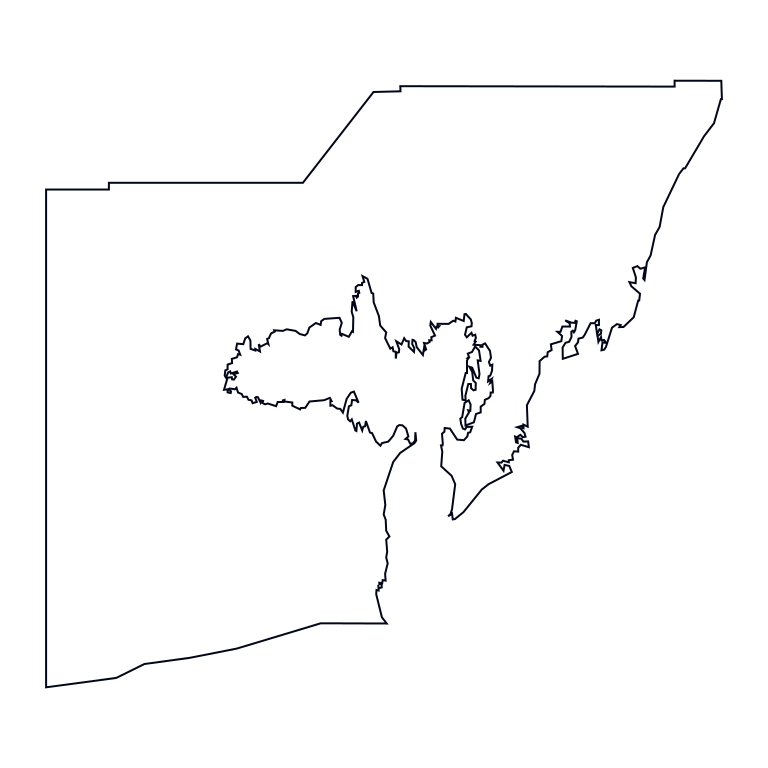 outline of 98, Ar Rayyān, Qatar
{"feature_id": "91078587B41884610793448", "entity_name": "98", "entity_type": "district", "adm_level": 2, "iso_a3": "QAT", "parent_name": "Qatar", "parent_adm1": "Ar Rayyān", "projection": "mercator", "projection_center": [51.33, 24.623], "detail": "fine", "context": "isolated", "style": "outline", "palette": "ink", "viewbox_px": 768, "rotation_deg": 0, "n_neighbors": 0, "source": "geoboundaries", "source_scale": "gbopen_adm2", "svg_char_len": 6117}
<svg xmlns="http://www.w3.org/2000/svg" viewBox="0 0 768 768"><path d="M46.1,687.3L116.3,677.9L144.4,664.0L189.9,657.8L236.7,648.6L320.7,623.3L386.7,623.5L381.9,617.3L376.2,594.2L376.5,590.0L378.6,590.5L378.3,584.8L378.6,588.4L381.7,587.4L381.7,584.3L379.3,584.1L379.3,582.7L382.2,583.2L382.7,580.1L385.6,580.6L385.1,573.8L387.7,563.3L386.2,557.5L387.2,551.7L386.2,539.7L389.4,536.5L386.2,530.8L385.7,519.7L383.7,514.5L385.3,505.0L383.7,490.4L393.2,462.0L400.2,452.9L414.4,443.2L416.2,440.6L415.4,432.2L415.1,440.6L412.6,443.5L410.2,443.7L408.1,439.5L405.5,439.0L408.4,436.4L406.0,428.5L402.4,425.3L399.3,425.1L397.2,426.4L393.2,435.8L388.3,441.6L382.0,443.1L380.4,445.7L376.0,441.5L372.1,433.1L370.0,432.6L365.9,421.0L365.1,426.3L363.2,426.8L362.2,430.5L359.1,422.6L357.0,423.6L356.4,431.0L355.4,430.5L351.8,419.4L350.2,421.3L348.1,419.4L347.3,415.8L348.9,406.3L351.3,405.3L352.1,400.0L356.0,400.3L358.6,402.7L353.9,391.6L350.8,392.7L346.6,399.0L342.9,412.6L340.3,408.9L337.2,408.6L332.5,405.2L330.4,405.7L330.4,401.0L331.5,401.0L329.9,397.9L324.1,400.2L309.5,401.5L305.3,407.8L300.6,408.1L300.1,409.4L292.3,405.7L292.3,402.5L284.5,401.5L284.5,399.9L282.9,400.4L283.4,402.0L277.7,402.0L276.1,406.2L267.8,403.5L265.2,404.3L262.5,403.0L263.1,400.9L261.0,400.4L260.5,402.5L257.9,397.2L256.3,397.0L255.2,397.7L256.8,401.9L252.6,403.2L251.6,400.4L248.5,399.8L246.9,396.7L243.2,396.9L241.7,394.0L238.0,392.5L236.5,387.7L234.9,389.3L229.7,388.5L228.6,389.3L231.0,391.4L230.7,393.0L227.6,392.4L227.6,389.3L224.0,389.8L227.6,377.7L231.8,377.2L232.1,379.3L233.9,379.6L236.0,376.7L233.4,374.1L237.8,373.0L237.0,371.5L230.8,373.5L230.2,371.4L228.1,372.5L226.0,377.7L224.7,375.6L225.3,370.4L227.6,369.3L227.6,364.6L232.1,363.1L231.8,358.9L237.0,357.3L238.1,354.1L240.2,354.7L238.6,350.5L236.0,349.4L237.1,343.6L243.3,344.2L245.2,338.4L248.0,336.3L250.4,340.5L250.6,348.9L255.3,350.5L255.3,348.9L260.0,351.5L258.7,344.2L260.6,346.6L267.3,343.2L268.4,344.2L267.1,339.0L268.9,338.2L271.0,333.5L274.7,331.6L274.2,330.3L283.0,330.9L286.7,329.3L295.6,330.9L299.7,334.0L305.0,335.4L307.3,333.3L309.4,327.5L315.9,323.0L320.6,324.9L321.2,321.2L324.3,318.9L339.5,317.8L341.8,322.8L339.7,329.6L340.2,334.9L341.5,335.7L342.0,333.9L348.8,336.8L352.0,331.2L353.0,331.8L353.3,317.1L351.7,311.8L352.5,301.3L356.7,311.3L353.1,296.1L356.2,295.8L356.7,297.6L358.0,296.6L358.0,293.5L359.3,292.9L358.8,290.8L355.7,291.9L355.7,287.1L358.3,285.0L362.0,285.1L362.0,283.0L364.3,281.9L362.5,276.1L367.5,278.8L371.6,293.0L373.2,293.5L373.7,302.4L378.9,316.1L380.2,325.5L386.2,332.4L385.1,338.1L390.3,348.7L392.6,347.3L393.4,351.3L395.8,351.8L395.8,358.6L396.5,352.9L398.9,352.3L399.2,349.2L396.3,341.3L401.5,344.5L404.2,338.2L406.2,341.1L408.8,341.3L408.6,346.6L414.0,351.9L414.3,348.2L412.2,344.0L412.5,339.8L413.5,340.0L415.6,341.9L416.7,347.1L422.9,355.0L424.0,348.2L425.0,350.3L426.1,349.5L424.0,343.0L427.1,343.5L429.7,341.9L429.2,340.3L431.6,340.3L431.3,337.2L435.0,335.6L430.3,325.6L430.8,322.0L436.0,328.8L436.6,326.7L438.1,327.5L439.2,326.2L437.6,326.2L437.6,323.8L448.6,323.9L453.3,320.7L455.4,321.5L455.9,317.8L463.7,321.0L464.5,314.2L465.8,313.9L470.8,319.4L471.8,323.1L471.5,326.3L466.8,327.3L465.0,334.7L466.8,337.3L471.5,332.8L472.6,335.7L475.2,334.7L475.9,337.8L474.6,341.0L475.7,341.5L473.6,344.7L480.4,345.2L480.4,346.8L482.5,346.8L482.5,344.7L485.1,343.4L490.0,351.0L491.0,357.8L488.9,362.0L490.2,365.7L492.3,364.7L492.0,370.9L490.2,375.7L488.6,376.2L488.1,381.4L491.8,378.8L490.2,383.0L492.3,381.4L493.0,390.9L492.8,392.5L490.7,392.5L490.4,396.1L488.6,398.2L484.9,399.8L484.4,404.0L480.7,406.6L480.7,412.4L476.0,414.0L473.9,422.3L465.5,425.5L465.3,418.6L469.0,412.4L468.2,410.3L470.3,410.8L470.6,404.5L468.7,400.3L464.6,402.9L462.2,417.1L460.3,418.6L461.1,423.9L462.9,428.6L465.0,429.4L466.6,427.0L472.2,426.7L470.2,432.3L468.1,432.8L467.3,436.5L463.9,440.2L457.2,439.6L449.9,428.6L444.7,428.0L444.4,431.7L442.0,433.8L442.8,443.8L442.5,445.4L441.0,445.4L442.3,451.7L441.2,466.3L451.6,475.8L455.2,484.2L452.0,509.4L450.5,514.1L448.1,516.2L451.0,514.6L451.8,512.0L452.8,519.4L454.9,519.1L463.5,512.1L481.8,489.5L488.7,484.1L511.8,472.0L509.3,466.0L504.6,464.9L503.5,470.7L497.5,462.5L501.5,462.6L503.0,460.7L508.8,462.3L508.8,460.2L513.0,459.7L512.2,455.0L514.0,451.3L518.2,451.6L518.2,447.7L520.8,444.8L528.9,447.2L528.1,441.4L523.4,441.6L521.4,438.7L517.2,438.2L517.7,442.9L516.1,442.4L515.1,436.6L516.7,437.4L520.3,434.8L522.9,437.2L525.5,436.7L524.5,433.0L520.3,428.2L517.2,427.2L522.4,425.6L522.2,427.7L523.5,428.2L523.5,424.6L527.7,426.7L526.9,405.2L534.3,391.0L535.1,384.2L539.5,373.7L539.6,361.1L544.6,356.7L547.2,356.4L547.7,352.2L551.6,350.1L550.9,344.3L561.3,341.2L562.1,336.0L557.4,331.8L560.5,331.8L562.4,326.5L570.0,326.5L569.7,323.4L565.2,320.4L571.3,322.6L574.9,322.9L575.5,320.8L576.8,321.3L575.2,330.2L573.9,332.3L572.8,330.7L571.3,331.8L571.5,337.0L569.1,341.8L565.5,342.8L562.6,347.5L562.8,358.8L578.0,353.9L575.1,346.0L578.0,342.3L578.5,338.6L582.7,337.6L584.6,335.0L590.6,323.2L594.8,323.2L596.3,320.6L599.0,319.8L598.9,325.1L595.8,325.0L597.1,334.0L599.5,329.3L601.3,330.3L601.0,333.5L597.6,336.1L598.4,341.9L601.0,337.1L601.5,340.3L604.1,340.0L606.2,342.9L602.5,342.4L601.5,350.3L604.1,349.7L605.9,347.1L612.0,327.7L616.9,324.1L620.7,325.1L619.4,327.1L623.5,327.0L633.7,317.3L638.2,300.5L639.2,300.5L640.0,293.7L631.4,286.3L629.4,282.1L635.6,283.2L635.9,277.4L632.8,267.9L637.3,266.1L640.4,268.7L645.1,267.4L643.2,278.5L644.5,280.0L646.9,262.2L650.6,255.4L655.1,234.9L659.6,227.0L663.3,207.1L679.1,174.0L683.5,168.3L685.1,168.3L704.0,136.3L714.0,123.2L720.9,99.1L721.9,99.1L721.3,80.8L674.6,80.7L674.6,86.6L400.3,86.2L400.5,91.3L373.5,92.0L302.9,182.8L108.9,182.8L108.9,189.5L46.1,189.5L46.1,687.3ZM479.0,350.4L475.1,346.5L472.0,352.0L467.8,353.6L468.9,356.7L467.8,357.8L468.8,357.8L467.0,360.4L467.0,373.0L465.7,373.0L461.7,388.7L462.5,399.7L465.6,400.3L465.4,395.6L468.3,384.0L470.9,384.0L471.1,388.2L473.5,390.3L475.6,389.8L475.8,383.0L473.2,380.4L472.2,371.9L469.3,366.7L472.2,367.7L476.4,377.7L478.7,378.3L479.5,374.1L477.7,360.4L480.6,360.9L479.0,350.4Z" fill="none" stroke="#020617" stroke-width="2"/></svg>